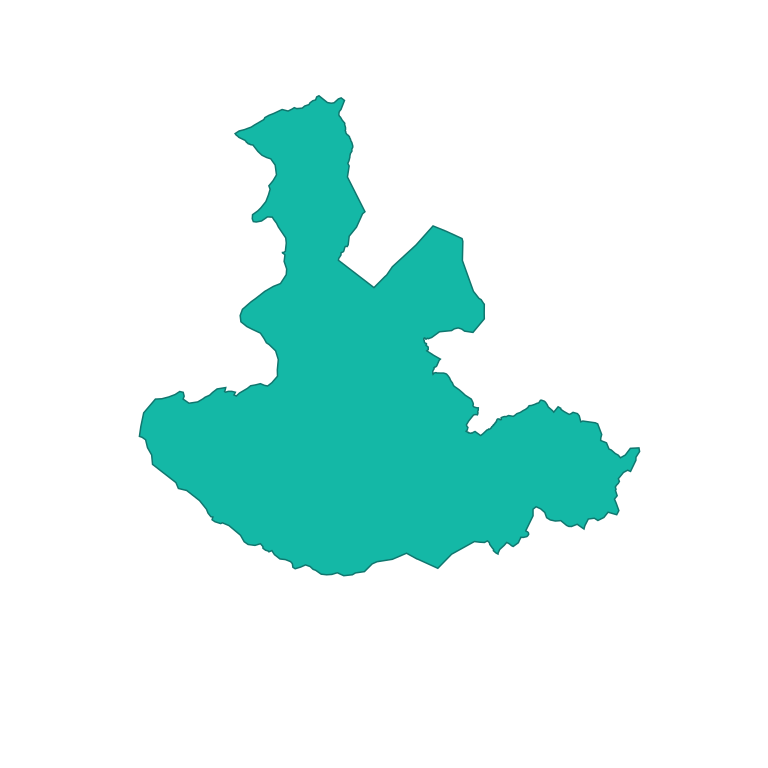 the district of Chikun, Kaduna, Nigeria, rotated 35°
{"feature_id": "59680162B24550873512487", "entity_name": "Chikun", "entity_type": "district", "adm_level": 2, "iso_a3": "NGA", "parent_name": "Nigeria", "parent_adm1": "Kaduna", "projection": "mercator", "projection_center": [7.25, 10.419], "detail": "fine", "context": "isolated", "style": "filled", "palette": "teal", "viewbox_px": 768, "rotation_deg": 35, "n_neighbors": 0, "source": "geoboundaries", "source_scale": "gbopen_adm2", "svg_char_len": 6170}
<svg xmlns="http://www.w3.org/2000/svg" viewBox="0 0 768 768"><g transform="rotate(35 384 384)"><path d="M533.8,504.1L537.0,484.6L548.4,461.2L553.1,458.7L557.2,456.2L558.7,453.2L561.2,453.5L562.7,454.8L567.4,456.4L568.6,456.6L568.8,456.8L569.2,457.8L572.6,458.2L574.9,457.9L574.4,456.9L573.7,453.2L575.0,447.2L575.4,443.4L578.5,443.0L581.2,443.3L583.0,443.0L585.1,437.0L584.4,433.3L584.4,432.0L583.9,431.3L584.9,430.4L585.9,430.0L588.5,427.1L588.8,425.8L588.7,424.1L587.7,423.1L587.1,422.9L586.2,422.8L584.6,423.1L584.3,423.0L581.7,406.5L577.9,401.1L579.0,397.3L583.9,396.4L589.4,397.0L593.9,400.2L598.1,400.0L602.9,398.0L607.2,394.5L614.6,395.1L617.0,394.7L619.3,393.2L622.7,388.1L631.0,388.1L629.8,384.8L628.8,377.4L633.3,373.3L637.5,373.1L640.7,367.2L641.1,360.5L649.6,357.6L649.0,353.0L642.5,348.4L638.8,346.1L639.1,341.8L634.6,338.4L634.5,337.2L632.6,335.7L632.5,333.5L632.9,330.9L632.7,328.8L630.3,327.2L630.9,319.1L633.0,314.9L636.1,314.2L634.1,302.0L632.4,299.5L632.1,292.7L629.5,290.1L622.7,295.4L622.4,303.8L620.0,308.8L616.7,307.9L613.3,308.3L608.0,307.7L605.6,308.2L600.0,304.6L593.9,306.0L592.5,303.8L591.3,300.5L581.9,294.1L579.3,294.6L568.1,300.3L566.9,302.1L562.2,298.1L559.5,297.3L555.1,298.8L554.1,301.3L553.1,302.7L547.2,303.3L543.4,303.3L542.8,302.5L539.7,302.8L539.2,309.7L537.4,309.2L531.7,308.6L529.4,307.3L526.8,306.3L525.3,306.1L522.3,306.9L521.5,307.6L521.6,310.6L521.1,311.4L520.6,311.7L519.1,314.3L516.8,317.4L516.2,317.7L515.4,318.5L515.2,319.1L515.4,320.7L514.4,323.8L513.3,325.8L511.9,329.2L509.9,332.0L509.0,335.1L508.4,336.4L504.1,338.4L502.8,340.7L501.6,341.3L500.5,342.5L499.3,344.3L500.5,345.8L499.7,346.7L499.1,346.7L498.9,346.5L498.2,346.7L497.2,347.4L497.0,348.0L497.1,349.0L497.5,349.8L497.3,350.4L497.7,351.2L497.4,352.0L497.5,352.2L497.3,352.6L497.5,353.0L497.3,353.7L497.4,354.2L497.1,354.5L497.4,355.1L497.1,355.3L497.1,356.6L496.8,357.1L497.0,358.7L496.7,359.1L496.7,359.6L496.2,360.8L495.9,361.1L495.5,361.0L495.3,361.9L494.7,362.6L493.6,368.0L492.8,370.7L492.5,370.8L485.8,370.7L484.7,372.6L484.6,373.3L484.1,373.9L483.6,374.0L483.6,374.3L483.0,374.9L481.9,375.1L481.7,375.4L480.6,375.3L480.6,375.5L478.3,375.6L478.6,374.0L477.6,371.4L476.2,371.2L474.9,370.1L474.6,365.5L475.1,358.2L475.3,357.7L476.8,356.3L478.2,355.7L477.9,354.4L477.4,354.1L477.4,353.6L476.6,353.0L476.1,351.2L474.9,349.4L473.8,350.2L471.0,351.2L469.3,350.8L468.7,349.2L467.5,348.2L464.2,346.3L457.0,346.6L453.5,346.1L448.6,345.6L442.7,345.6L441.1,345.0L439.5,343.9L436.6,342.9L434.2,341.4L431.6,340.5L429.5,340.0L428.2,340.3L426.5,340.9L421.3,344.5L420.2,344.8L419.4,345.4L418.7,346.8L418.6,347.9L417.8,347.3L417.5,346.6L416.5,345.5L416.3,342.8L415.6,342.0L415.8,341.1L416.5,340.4L416.8,338.9L415.6,333.0L415.9,331.3L408.4,332.0L400.0,332.3L400.5,330.5L399.4,328.9L398.7,328.3L396.5,328.3L396.1,328.1L395.9,326.8L395.4,326.6L394.0,326.9L393.0,326.5L392.0,325.3L391.3,325.0L390.7,324.3L390.5,323.6L390.9,322.9L391.6,322.9L392.2,323.3L392.8,323.1L393.1,322.1L393.5,321.5L394.3,321.5L396.4,318.5L399.5,309.4L408.7,301.5L410.0,298.4L412.6,295.5L416.1,294.4L419.6,294.5L427.3,290.7L428.8,273.1L425.3,268.3L420.4,261.1L419.4,260.9L415.2,259.2L412.7,259.4L404.1,256.8L377.4,237.9L366.8,222.0L364.5,220.1L347.5,223.2L333.5,226.4L330.5,251.8L323.6,283.1L323.7,293.3L323.1,295.7L320.5,310.8L275.7,308.8L274.9,307.1L274.8,303.1L273.6,301.2L273.7,300.7L274.6,299.5L274.8,298.2L273.4,294.3L273.7,293.2L275.0,292.5L274.8,290.5L270.7,282.9L271.5,271.3L268.8,256.9L269.6,253.8L235.3,235.4L230.4,225.4L227.8,224.0L227.3,221.3L225.9,217.7L225.3,216.9L224.3,214.5L224.2,211.7L222.9,210.0L222.7,208.2L222.0,207.0L219.0,204.5L217.4,203.8L216.0,202.6L215.1,202.3L213.9,201.3L212.1,200.8L210.8,200.9L209.3,200.4L208.4,199.9L207.9,199.2L206.9,198.7L206.5,197.5L205.3,195.9L202.9,194.0L202.3,192.9L198.3,191.8L195.3,190.4L193.9,190.2L192.7,189.5L191.5,187.6L191.1,186.1L191.3,183.8L189.0,174.4L184.8,174.2L183.1,176.7L181.8,182.3L179.7,184.3L176.2,185.9L165.4,185.2L164.2,187.4L165.0,190.6L163.2,192.8L162.1,196.1L162.3,198.1L159.6,201.8L158.8,204.9L154.5,208.5L152.0,209.1L151.0,211.5L148.9,215.4L143.1,217.6L138.4,225.8L135.7,229.8L133.6,234.1L133.9,236.3L129.3,246.2L127.9,249.7L123.5,256.0L120.2,259.8L118.4,264.3L120.2,264.9L122.0,264.9L123.6,265.2L129.5,264.3L130.0,264.1L131.8,264.4L132.1,264.7L133.3,264.9L133.6,264.7L134.8,265.1L135.9,264.8L136.3,264.4L136.7,264.6L137.6,264.4L139.5,263.4L147.3,265.8L152.8,266.6L157.9,265.8L162.1,264.5L169.3,267.1L176.0,274.4L176.5,281.2L176.0,287.7L179.0,289.8L180.9,295.4L182.6,302.3L182.1,310.4L181.3,314.7L179.2,320.7L181.3,324.2L183.8,325.9L186.4,324.6L190.2,320.7L192.7,313.9L196.8,311.4L199.6,312.6L203.7,313.9L207.5,316.0L219.7,320.7L223.1,324.6L227.1,331.9L226.5,333.5L225.4,334.5L225.8,334.9L227.2,334.8L228.8,335.1L231.9,340.9L238.3,345.6L241.2,350.5L241.6,361.1L237.4,367.5L233.2,376.5L229.8,387.7L228.0,392.8L225.2,404.0L226.9,410.4L231.1,415.1L238.7,415.6L245.0,414.7L253.6,413.2L259.8,415.6L264.0,417.7L267.4,417.6L276.2,419.0L283.4,424.6L288.5,433.6L292.3,438.7L291.4,447.3L289.8,452.4L286.8,453.7L282.6,454.6L279.2,458.5L275.8,461.9L274.6,466.0L270.8,474.3L269.9,478.6L267.4,479.0L267.0,476.0L263.6,477.3L260.6,479.4L258.9,481.6L257.7,481.6L257.3,479.9L256.4,477.7L250.1,483.8L248.4,489.3L247.6,493.2L245.0,497.5L244.2,500.0L241.7,505.5L235.3,511.6L228.1,511.6L227.3,508.6L224.3,506.0L221.0,507.3L218.9,512.5L215.1,518.1L210.4,523.6L205.4,527.5L203.7,545.5L209.2,558.3L213.7,567.2L216.4,566.4L220.7,566.4L226.8,571.8L234.4,575.4L240.5,582.6L270.1,584.1L275.5,587.5L283.4,584.4L299.8,585.3L310.4,588.4L313.9,590.7L318.3,592.0L320.1,591.1L321.0,593.8L324.5,593.8L330.3,592.0L331.2,590.4L338.2,588.9L353.2,590.2L359.9,593.4L364.7,593.4L370.9,590.2L374.4,585.7L378.0,586.6L379.1,588.0L382.3,588.1L384.7,587.3L386.0,587.5L387.7,584.8L392.1,586.6L399.1,587.0L403.9,584.4L409.3,583.1L411.9,583.7L414.5,586.4L417.2,586.3L420.7,581.8L423.5,577.2L428.2,575.9L432.2,576.5L434.9,575.8L441.6,575.8L446.4,573.2L450.5,569.9L454.0,565.4L461.0,564.1L467.5,558.4L469.0,555.1L475.6,548.9L477.5,538.1L480.2,533.6L491.4,522.8L499.5,509.7L511.5,508.4L512.2,508.1L533.8,504.1Z" fill="#14b8a6" stroke="#0f766e" stroke-width="1.5"/></g></svg>